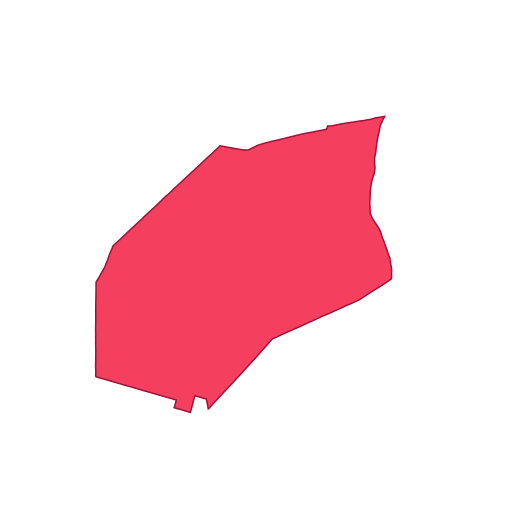 outline of Al-Rutba, Al-Anbar, Iraq, rotated 301°
{"feature_id": "34846034B71122492404189", "entity_name": "Al-Rutba", "entity_type": "district", "adm_level": 2, "iso_a3": "IRQ", "parent_name": "Iraq", "parent_adm1": "Al-Anbar", "projection": "natural_earth1", "projection_center": [41.592, 32.564], "detail": "fine", "context": "isolated", "style": "filled", "palette": "rose", "viewbox_px": 512, "rotation_deg": 301, "n_neighbors": 0, "source": "geoboundaries", "source_scale": "gbopen_adm2", "svg_char_len": 4157}
<svg xmlns="http://www.w3.org/2000/svg" viewBox="0 0 512 512"><g transform="rotate(301 256 256)"><path d="M404.5,250.5L402.5,250.9L401.0,251.2L399.6,249.6L398.2,248.3L396.9,246.7L394.7,244.3L393.0,242.3L391.2,240.6L389.7,238.6L388.5,237.4L387.4,236.1L386.6,235.2L384.9,233.4L383.7,232.0L382.0,230.5L380.2,228.4L378.9,227.3L377.5,225.8L375.8,224.1L374.3,222.6L373.1,221.4L371.6,220.0L370.1,218.4L369.1,217.3L368.6,216.8L367.1,215.4L364.9,213.1L362.8,210.9L360.9,209.1L358.7,206.7L357.5,205.6L357.1,205.2L355.3,203.6L353.5,201.9L351.4,200.2L349.0,198.7L346.9,197.2L344.8,196.0L343.8,195.3L342.8,194.7L341.8,192.9L340.8,191.2L340.0,189.5L339.2,187.7L338.7,186.1L338.0,184.3L337.2,182.4L336.5,180.4L335.7,178.3L334.8,176.0L333.9,173.7L333.2,171.6L332.1,168.9L331.8,168.3L329.8,168.0L326.9,167.1L323.7,166.1L320.1,165.2L318.0,164.5L316.1,163.9L312.1,162.8L308.4,161.7L304.8,160.7L300.9,159.6L297.9,158.8L294.6,157.7L291.5,156.9L288.4,155.9L285.9,155.2L283.4,154.5L280.4,153.7L277.8,152.9L274.7,152.1L272.1,151.1L269.6,150.6L266.4,149.7L263.5,148.9L260.5,147.8L257.0,146.8L254.9,146.4L252.6,145.7L250.5,145.2L250.3,145.1L250.2,145.1L247.3,144.3L244.7,143.6L242.7,142.9L240.6,142.4L238.4,141.7L235.5,140.9L232.6,140.0L228.8,139.1L225.6,138.2L222.1,137.1L218.6,136.1L215.4,135.1L212.3,134.3L209.8,133.5L207.2,133.0L205.0,132.3L202.6,131.6L200.2,131.0L197.8,130.2L194.4,129.2L192.2,128.6L190.9,128.2L188.6,128.7L186.2,129.0L183.0,129.4L181.2,129.7L178.9,130.2L175.1,131.1L172.1,131.4L168.6,132.1L166.3,132.1L163.3,132.2L160.9,132.2L158.6,132.4L155.4,132.4L151.9,132.3L151.3,132.3L150.3,132.9L143.9,136.7L139.8,139.1L134.0,142.4L131.6,143.8L127.8,146.1L126.1,147.0L124.6,148.0L121.7,149.7L117.8,152.1L113.1,154.8L110.0,156.6L106.7,158.7L103.9,160.3L101.4,161.9L97.9,163.9L92.4,167.4L87.6,170.2L83.4,172.7L81.6,173.8L79.8,174.7L74.8,178.0L71.2,180.0L70.0,181.0L70.9,184.4L73.8,195.3L75.3,200.9L78.3,212.4L79.1,215.0L80.5,220.4L83.0,230.2L84.9,236.8L85.1,238.2L85.4,238.9L85.5,239.2L86.7,243.9L91.5,261.7L89.5,262.5L87.9,262.9L85.3,263.6L83.8,263.9L84.6,267.1L85.8,270.9L86.5,274.1L87.4,277.6L87.9,279.5L88.2,280.3L94.5,278.5L97.3,277.7L100.7,276.7L103.7,275.8L104.7,275.6L107.8,287.0L105.4,289.3L103.6,291.0L101.7,292.6L100.4,293.8L101.6,294.3L106.1,295.1L113.2,296.6L120.4,298.1L124.5,299.0L135.1,301.3L144.0,303.1L144.7,303.3L148.9,304.1L150.2,304.4L156.2,305.6L166.9,307.8L172.7,308.9L173.0,308.9L184.0,311.0L184.4,311.1L190.4,312.2L193.2,312.6L196.9,315.3L201.7,318.4L206.0,321.4L212.2,325.8L218.4,330.2L226.2,335.4L231.8,339.4L238.3,343.7L244.8,348.5L252.6,353.9L257.9,357.5L258.3,357.7L264.1,361.9L268.4,364.9L271.3,366.9L274.4,368.4L283.3,372.7L288.8,375.5L293.0,377.7L297.4,379.8L303.1,382.6L306.0,383.8L307.9,383.0L310.1,381.6L313.6,379.6L315.2,378.5L317.1,376.9L319.9,374.4L321.5,373.1L323.1,371.9L324.0,370.6L326.9,367.1L328.7,365.0L331.3,361.9L333.2,359.6L334.8,357.6L335.5,356.6L337.2,354.4L338.3,353.2L339.5,351.9L340.7,350.6L341.1,350.0L342.1,348.5L343.3,346.6L343.7,345.7L345.0,343.2L345.7,341.4L347.0,338.8L347.9,337.0L348.8,335.3L349.4,334.5L350.2,333.6L350.8,332.8L351.6,331.9L353.1,330.8L355.7,329.1L358.7,327.1L361.0,325.6L362.7,324.9L364.0,324.1L365.9,323.1L367.7,322.2L369.3,321.1L371.2,320.2L372.9,319.4L376.4,318.0L377.9,317.4L379.4,316.9L381.4,316.2L381.5,316.2L383.8,315.6L385.5,315.3L387.8,314.7L389.1,314.3L390.7,313.6L392.3,312.9L393.6,312.1L395.6,310.6L397.6,309.2L399.4,308.1L401.0,307.4L402.3,306.6L403.2,306.5L404.1,306.0L406.2,305.4L407.8,304.7L408.9,304.1L409.3,303.9L410.8,303.3L413.5,302.1L415.8,301.1L418.6,300.0L420.4,299.3L422.5,298.6L424.1,298.2L426.6,297.3L429.0,296.4L430.4,295.8L431.8,295.4L433.2,295.2L435.0,295.0L436.5,294.8L438.7,294.5L440.6,294.5L441.4,294.5L442.0,294.4L441.4,293.7L439.5,291.5L436.7,288.3L435.7,287.0L434.7,286.3L434.2,285.6L433.2,284.8L432.4,284.1L431.1,282.6L429.6,280.7L428.8,280.0L428.2,279.3L424.9,275.1L423.7,273.7L422.5,272.2L421.0,270.6L419.9,269.1L419.1,268.3L418.5,267.5L418.0,266.8L417.1,265.8L415.5,263.8L414.7,262.9L411.9,259.7L410.4,258.1L409.4,257.0L408.3,255.8L406.9,254.4L406.0,253.1L405.1,251.8L404.8,251.1L404.5,250.5Z" fill="#f43f5e" stroke="#9f1239" stroke-width="1.5"/></g></svg>